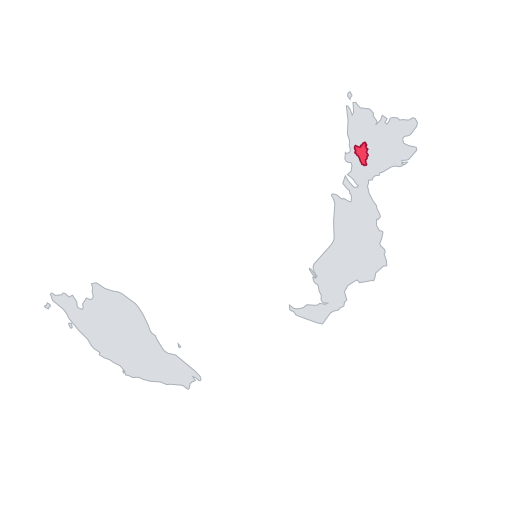 Keningau, Sabah, Malaysia shown in context, rotated 329°
{"feature_id": "92858781B15741059593966", "entity_name": "Keningau", "entity_type": "district", "adm_level": 2, "iso_a3": "MYS", "parent_name": "Malaysia", "parent_adm1": "Sabah", "projection": "equal_earth", "projection_center": [116.308, 5.235], "detail": "fine", "context": "in_parent", "style": "filled", "palette": "rose", "viewbox_px": 512, "rotation_deg": 329, "n_neighbors": 0, "source": "geoboundaries", "source_scale": "gbopen_adm2", "svg_char_len": 6095}
<svg xmlns="http://www.w3.org/2000/svg" viewBox="0 0 512 512"><g transform="rotate(329 256 256)"><path d="M427.7,254.1L425.1,253.4L421.4,250.4L417.7,249.3L406.8,249.3L405.3,248.4L403.1,250.2L399.4,248.6L397.2,248.8L394.8,250.7L391.4,249.0L389.8,251.7L387.6,253.4L385.2,260.7L384.7,269.4L385.2,274.8L384.1,277.7L383.6,283.8L382.8,286.5L379.7,287.6L378.4,286.7L375.7,290.5L375.0,292.0L374.9,297.9L377.0,299.8L377.0,301.1L372.5,306.0L368.6,308.9L368.1,311.4L369.6,316.6L368.9,319.0L366.9,320.3L365.4,327.0L363.5,331.2L362.8,331.7L360.2,330.3L349.9,332.2L346.9,335.7L344.0,337.8L341.7,335.8L340.5,335.9L330.9,332.2L330.5,328.9L329.6,328.4L319.7,328.6L313.5,332.0L311.2,340.5L307.9,341.3L305.5,344.2L301.3,343.9L298.6,344.7L294.5,343.3L290.5,343.1L277.9,348.5L273.9,344.7L261.6,329.6L259.9,327.0L259.5,322.4L258.1,321.5L257.6,320.3L257.4,319.0L259.4,315.2L261.3,320.1L264.3,322.7L269.6,324.6L274.6,324.0L281.5,328.9L283.8,329.7L286.2,329.4L290.5,333.1L293.1,333.3L289.6,330.7L289.0,328.6L289.4,326.5L291.7,323.5L292.0,318.8L293.7,314.2L294.1,312.0L292.8,310.4L292.6,307.5L293.6,303.6L295.9,305.6L297.8,305.1L297.8,297.9L299.3,294.8L301.6,292.7L325.2,285.5L329.1,283.7L331.8,281.6L340.3,266.3L350.4,252.0L351.8,247.0L351.7,243.4L352.3,242.5L353.4,242.0L355.6,243.9L356.8,245.3L358.9,251.5L360.8,251.7L364.1,257.5L364.9,258.3L365.9,257.9L368.5,254.1L369.2,251.3L368.6,250.9L369.8,247.7L368.8,245.7L367.8,238.5L373.8,233.3L373.8,239.2L375.5,247.8L378.4,249.0L380.0,248.5L379.1,245.9L378.8,240.9L378.0,237.5L376.2,233.3L381.1,232.4L384.9,227.8L385.5,224.9L383.1,223.2L382.1,221.0L382.1,218.7L386.0,213.2L386.4,214.8L388.9,215.2L390.1,215.2L391.8,213.0L392.6,209.8L395.6,205.3L397.3,198.3L404.8,187.1L410.8,173.8L412.0,174.9L412.3,178.4L411.0,184.7L413.7,183.2L418.2,174.4L420.8,175.8L420.7,178.2L421.7,182.7L429.2,188.5L430.2,194.2L428.5,196.4L429.1,201.9L428.6,203.6L426.1,205.2L432.8,203.6L436.7,200.4L439.1,205.9L435.3,208.0L436.1,210.3L439.7,208.9L441.9,207.1L444.1,207.5L447.5,209.7L448.6,210.9L449.2,213.6L451.8,214.5L456.9,218.2L461.6,218.2L463.2,220.0L463.1,224.8L460.6,227.6L450.9,231.5L448.4,231.3L444.8,229.9L442.2,230.8L440.6,235.3L443.6,239.9L448.6,244.6L449.3,245.8L448.3,248.1L436.9,251.8L434.5,251.4L430.3,249.2L427.7,254.1ZM58.8,189.4L60.1,182.8L61.9,182.5L63.6,186.3L69.6,189.2L71.4,188.3L72.2,188.9L73.0,189.8L74.7,195.0L78.5,195.0L78.8,203.2L77.1,206.3L76.8,208.5L79.6,212.3L81.2,211.4L82.6,207.9L89.0,204.6L91.5,208.2L93.9,208.2L95.7,206.9L97.0,202.5L99.6,199.2L100.6,195.1L104.2,196.2L105.6,197.1L109.7,205.9L115.0,212.1L119.1,215.5L121.5,218.8L128.1,234.7L128.9,239.9L129.1,247.7L128.0,259.6L126.8,265.5L127.0,268.3L128.7,272.6L128.1,276.7L128.3,289.4L130.3,293.9L136.1,299.4L144.7,323.9L146.1,330.8L145.3,333.5L143.8,334.2L142.5,332.8L141.7,329.4L139.7,326.8L139.9,331.6L136.2,331.0L133.6,331.7L130.5,335.1L129.0,335.2L126.4,329.0L116.7,321.9L113.1,320.1L109.3,314.8L100.8,308.9L95.4,303.2L93.1,299.6L87.6,296.5L85.2,292.8L82.9,290.8L84.1,287.2L83.0,280.2L79.1,274.0L77.2,269.7L73.6,265.3L70.8,259.9L72.5,258.3L69.7,252.5L68.7,248.3L68.8,240.3L65.9,229.2L63.5,213.7L64.0,208.3L63.4,202.4L58.8,189.4ZM418.5,168.7L417.2,170.2L416.9,166.1L418.6,163.9L421.1,163.5L421.1,167.2L420.6,168.2L418.5,168.7ZM53.0,188.7L54.5,191.7L53.4,193.5L52.5,193.0L50.8,194.5L49.0,191.5L48.8,190.0L50.9,190.3L53.0,188.7ZM296.7,304.2L296.0,304.5L295.0,303.5L294.8,294.9L295.5,294.1L296.4,295.8L296.7,304.2ZM63.1,218.8L61.5,222.8L59.9,222.4L60.3,217.7L61.2,217.1L63.1,218.8ZM434.3,253.6L431.3,254.2L429.3,254.1L429.5,251.8L430.5,251.5L434.3,253.6ZM144.8,295.1L143.2,295.2L142.9,294.1L144.1,291.1L144.8,295.1ZM83.4,287.8L82.3,288.3L82.4,286.5L83.2,285.6L83.4,287.8Z" fill="#d9dde1" stroke="#a8b0b8" stroke-width="1"/><path d="M395.9,234.4L396.3,234.2L396.5,234.3L396.8,234.6L397.0,234.8L397.6,234.9L398.0,234.5L398.2,233.9L398.2,233.1L398.3,232.3L398.6,231.9L399.0,231.1L399.1,230.4L399.4,229.9L399.7,230.0L400.2,230.0L400.9,229.8L401.7,229.4L401.8,228.8L402.1,228.0L402.3,227.8L402.6,227.9L403.0,227.9L403.5,227.8L403.9,227.6L404.0,227.0L404.2,226.7L404.3,226.6L404.1,225.8L404.1,225.6L404.2,225.1L404.0,224.8L404.0,224.6L404.0,224.4L404.1,224.2L404.3,223.9L404.4,223.7L404.6,223.4L404.9,223.3L405.1,223.2L405.3,223.1L405.5,223.0L405.7,222.7L405.8,222.5L405.9,222.1L406.2,221.9L406.4,222.0L406.5,222.1L406.8,222.1L406.9,221.8L406.8,221.6L406.7,221.3L406.6,221.0L406.5,220.7L406.3,220.4L406.2,220.1L406.2,219.8L406.3,219.7L406.6,219.3L406.7,219.1L406.7,218.8L406.8,218.4L406.6,217.9L406.7,217.6L407.0,217.6L407.4,218.1L407.8,218.1L408.1,217.7L408.2,217.4L408.2,217.0L408.1,216.8L407.9,216.5L407.9,216.3L408.0,215.7L408.3,215.3L408.3,215.2L408.2,215.0L407.9,215.0L407.9,214.8L407.9,214.7L407.7,214.5L407.4,214.6L407.2,214.7L407.0,214.8L406.9,214.8L406.7,214.6L406.4,214.6L406.2,214.3L405.9,214.3L405.7,214.5L405.4,214.7L405.2,214.7L405.1,214.8L404.9,215.0L404.6,215.0L404.4,215.1L404.2,215.3L404.0,215.2L403.8,215.3L403.7,215.4L403.4,215.3L402.8,215.1L402.5,215.2L402.3,215.9L402.1,216.4L401.6,216.4L401.4,216.3L401.2,216.1L400.7,216.0L400.3,215.4L400.0,215.3L399.8,215.1L399.6,214.7L399.3,214.1L399.0,213.7L398.8,213.5L398.6,213.3L398.5,213.2L398.3,212.8L398.3,212.6L398.2,212.5L397.9,212.7L397.6,212.7L397.3,212.8L397.2,212.9L397.1,213.0L396.9,213.1L396.7,213.4L396.5,213.6L396.5,213.8L396.5,214.0L396.4,214.0L396.3,213.9L396.1,214.2L395.9,214.5L395.9,214.8L395.9,215.1L395.7,215.3L395.7,215.6L395.8,215.8L395.9,216.0L396.0,216.2L395.8,216.5L395.7,216.6L395.7,216.9L395.7,217.1L395.3,217.4L395.2,217.4L395.0,217.5L394.9,217.6L394.9,217.8L394.8,218.0L394.7,217.9L394.4,217.8L394.2,217.9L394.1,218.1L394.1,218.3L394.1,218.5L394.0,218.9L394.0,219.2L394.3,219.2L394.5,219.4L394.7,220.2L394.6,220.7L394.5,221.2L394.5,221.9L394.7,222.1L395.0,222.3L395.1,222.8L395.1,223.9L395.1,224.2L395.0,224.7L395.0,225.6L394.9,226.2L394.6,226.8L394.6,227.3L394.5,227.9L394.3,228.4L394.4,230.3L394.3,230.7L394.1,231.1L394.0,231.4L394.0,231.8L394.2,232.2L394.5,232.4L395.0,232.6L395.1,233.1L395.1,233.4L395.1,233.6L395.2,233.8L395.4,234.0L395.8,234.2L395.9,234.4Z" fill="#f43f5e" stroke="#9f1239" stroke-width="1.5"/></g></svg>